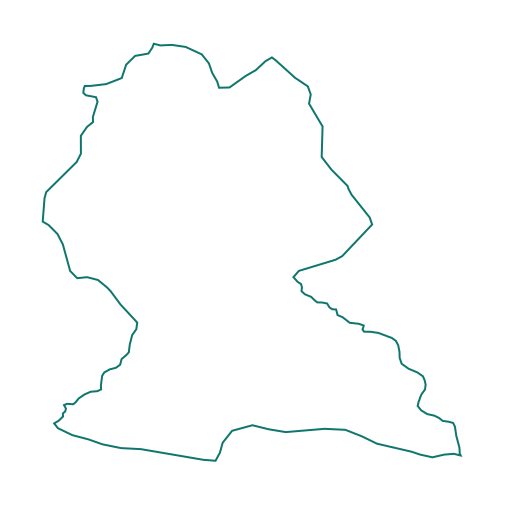 the Province of Gourma, rotated 93°
{"feature_id": "BFA-2184", "entity_name": "Gourma", "entity_type": "Province", "adm_level": 1, "iso_a3": "BFA", "parent_name": "Burkina Faso", "parent_adm1": "", "projection": "equal_earth", "projection_center": [0.734, 12.217], "detail": "fine", "context": "isolated", "style": "outline", "palette": "teal", "viewbox_px": 512, "rotation_deg": 93, "n_neighbors": 0, "source": "natural_earth", "source_scale": "10m", "svg_char_len": 2113}
<svg xmlns="http://www.w3.org/2000/svg" viewBox="0 0 512 512"><g transform="rotate(93 256 256)"><path d="M49.4,369.2L50.7,362.5L49.6,351.1L50.9,337.2L57.5,320.7L66.1,313.1L75.5,309.3L83.8,303.9L89.9,301.7L89.1,291.3L76.8,275.8L70.3,265.8L61.0,256.8L56.9,250.5L59.6,246.5L76.1,226.2L83.9,213.1L91.8,209.8L101.1,211.0L123.2,196.3L153.7,195.6L165.8,185.2L181.2,168.3L184.1,167.2L189.9,163.7L211.7,144.4L218.5,141.7L251.6,169.9L255.5,176.2L268.6,212.4L275.2,217.5L279.7,213.0L281.6,209.6L284.8,208.5L288.8,208.7L291.7,205.1L293.9,198.8L297.0,195.3L299.1,192.5L299.0,187.4L299.7,182.5L303.4,180.0L305.2,177.1L305.2,173.2L310.7,171.5L312.6,166.3L317.8,158.9L318.3,149.9L319.8,144.8L321.6,145.1L323.8,145.8L325.9,144.2L325.7,137.4L326.4,129.8L330.8,115.9L333.5,111.8L337.8,109.3L344.2,107.7L350.3,107.2L356.0,104.9L360.6,97.7L363.8,88.8L367.4,83.0L371.0,81.2L375.3,79.9L380.4,80.2L385.1,83.3L389.2,84.9L390.9,85.2L393.1,86.0L397.3,86.7L401.5,83.0L404.9,76.7L406.1,69.5L408.3,64.5L410.9,61.0L411.4,55.2L412.4,50.4L416.0,48.4L425.0,46.6L436.8,42.8L442.6,42.2L444.5,41.2L443.2,48.1L444.5,57.7L447.8,69.3L445.7,81.8L443.3,90.4L437.1,125.4L430.6,140.7L424.9,157.7L425.0,178.5L430.3,217.1L428.4,234.1L425.2,250.7L431.8,270.7L444.2,279.5L454.5,281.8L462.6,285.7L462.3,297.7L454.9,360.8L454.9,380.8L452.1,399.5L447.9,413.7L444.5,430.1L438.3,444.8L433.7,448.8L430.9,444.5L426.4,440.3L423.3,440.6L421.2,438.4L418.3,437.8L414.9,439.9L413.5,436.9L413.6,430.7L411.4,428.4L407.5,425.6L403.2,419.9L400.2,414.0L399.3,407.3L397.3,403.7L393.4,404.1L383.8,403.4L380.3,401.5L376.9,396.2L375.0,390.1L371.7,386.0L365.9,384.8L362.1,380.7L358.9,378.0L350.9,377.4L341.4,375.5L335.4,371.7L328.7,371.1L311.5,388.8L298.9,399.2L295.3,403.0L288.2,412.6L286.0,423.6L287.5,433.4L280.7,440.8L254.5,449.5L244.5,455.3L235.9,464.8L232.8,470.8L209.3,470.2L203.1,468.8L171.5,440.0L163.0,436.2L145.1,437.2L135.9,431.5L130.7,425.7L125.8,426.2L110.2,422.3L105.8,424.1L104.4,434.3L102.1,437.0L97.7,436.7L95.2,435.9L94.8,430.0L92.2,414.7L85.3,399.4L71.8,395.7L62.5,387.2L59.5,374.1L53.4,370.5L49.4,369.2Z" fill="none" stroke="#0f766e" stroke-width="2"/></g></svg>